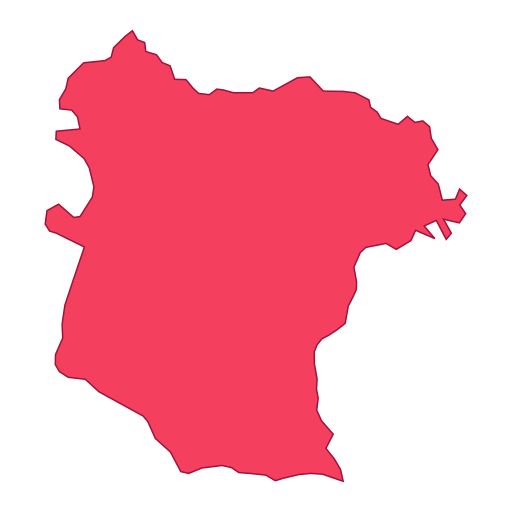 Nova Santa Rita, Rio Grande do Sul, Brazil
{"feature_id": "56859067B48200522919953", "entity_name": "Nova Santa Rita", "entity_type": "district", "adm_level": 2, "iso_a3": "BRA", "parent_name": "Brazil", "parent_adm1": "Rio Grande do Sul", "projection": "mercator", "projection_center": [-51.279, -29.846], "detail": "fine", "context": "isolated", "style": "filled", "palette": "rose", "viewbox_px": 512, "rotation_deg": 0, "n_neighbors": 0, "source": "geoboundaries", "source_scale": "gbopen_adm2", "svg_char_len": 1698}
<svg xmlns="http://www.w3.org/2000/svg" viewBox="0 0 512 512"><path d="M353.2,296.5L356.3,289.7L356.6,282.1L353.9,267.2L360.3,252.5L365.8,247.4L386.0,243.4L396.3,249.4L410.9,240.6L415.6,230.3L434.8,238.6L424.2,226.0L436.3,220.4L446.2,239.4L451.4,233.2L443.5,219.2L459.3,222.9L465.7,213.7L459.8,205.0L466.8,195.5L459.6,189.1L455.4,199.2L442.3,200.2L438.3,184.1L430.7,175.7L428.0,164.6L437.9,149.7L431.3,138.3L429.6,126.7L422.8,120.9L414.9,122.4L407.4,116.4L398.2,124.3L380.9,118.4L377.2,112.1L370.6,107.3L368.9,99.9L355.2,92.8L343.2,91.4L323.3,91.1L309.9,76.9L297.5,77.7L273.1,91.1L259.3,88.0L252.9,92.7L233.4,92.7L223.1,89.9L216.8,89.1L209.3,94.7L198.6,93.4L193.1,88.3L185.9,79.6L174.7,79.3L170.1,65.8L162.2,62.6L156.5,54.8L145.8,51.5L144.7,42.6L137.6,39.8L132.4,30.7L125.2,36.3L113.6,47.7L111.2,57.1L105.0,60.6L83.7,62.8L68.2,78.2L65.8,88.8L59.4,99.7L59.9,108.8L71.7,110.1L77.5,116.9L80.0,129.0L56.3,131.2L55.9,139.4L69.6,146.1L84.0,158.5L89.2,167.6L93.9,186.8L92.3,197.2L85.1,208.6L80.0,216.6L73.7,217.4L58.6,204.2L47.0,210.6L45.2,224.1L49.6,231.1L56.2,233.1L84.4,247.0L73.3,279.8L64.9,305.1L62.1,324.2L62.7,338.1L55.5,354.6L55.3,364.5L59.4,371.6L68.2,377.3L85.3,379.3L99.1,391.9L137.2,412.8L143.1,416.0L147.8,421.6L155.4,438.5L170.5,452.1L180.8,471.6L188.7,473.4L201.8,468.0L222.0,465.5L231.3,467.5L238.9,472.6L249.8,473.4L265.9,475.1L275.3,480.7L283.4,478.2L298.5,474.6L310.8,473.4L322.6,474.2L330.9,477.1L343.2,481.3L340.5,469.4L334.2,458.7L325.9,448.4L333.2,434.2L321.5,420.8L316.7,410.1L318.2,398.1L316.5,389.2L317.1,379.1L314.4,363.7L314.3,351.8L317.1,344.7L321.9,338.9L328.8,335.2L337.3,329.6L345.2,323.3L348.3,306.0L353.2,296.5Z" fill="#f43f5e" stroke="#9f1239" stroke-width="1.5"/></svg>